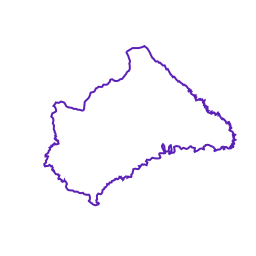 Manang, Satun, Thailand (Albers equal-area conic projection), rotated 241°
{"feature_id": "78962969B42923555842961", "entity_name": "Manang", "entity_type": "district", "adm_level": 2, "iso_a3": "THA", "parent_name": "Thailand", "parent_adm1": "Satun", "projection": "albers", "projection_center": [99.916, 7.008], "detail": "fine", "context": "isolated", "style": "outline", "palette": "violet", "viewbox_px": 256, "rotation_deg": 241, "n_neighbors": 0, "source": "geoboundaries", "source_scale": "gbopen_adm2", "svg_char_len": 5741}
<svg xmlns="http://www.w3.org/2000/svg" viewBox="0 0 256 256"><g transform="rotate(241 128 128)"><path d="M183.4,73.5L182.2,74.2L181.1,74.3L179.7,74.1L177.6,73.4L177.3,72.4L177.5,69.0L175.1,66.4L173.1,67.1L171.8,66.9L170.2,66.1L168.6,64.5L166.1,64.5L162.8,62.4L160.8,62.4L160.3,61.9L157.8,61.8L156.8,61.3L156.7,60.8L155.7,60.9L155.8,60.4L155.1,60.3L154.4,58.8L153.2,58.9L153.0,59.6L152.1,59.3L151.3,59.8L151.4,60.4L150.5,60.7L149.6,60.0L148.1,59.8L147.9,59.4L148.6,57.0L149.6,56.6L149.4,55.8L149.9,55.8L149.4,55.2L149.9,54.6L149.6,53.3L148.9,53.2L148.9,52.5L149.3,52.2L148.7,51.9L148.9,49.9L147.4,49.8L146.8,49.1L146.6,47.7L145.7,47.1L144.9,45.9L144.6,43.4L144.2,43.0L144.2,42.5L143.2,42.1L143.2,43.3L142.5,43.5L142.1,44.3L141.7,44.3L141.5,43.5L140.0,42.1L139.2,40.3L137.5,39.6L137.1,37.3L135.8,37.1L135.7,36.8L134.6,36.9L134.5,37.9L133.6,39.6L133.8,41.5L131.9,42.0L131.8,43.0L129.6,42.9L128.7,41.6L127.6,41.4L127.3,41.6L127.4,42.1L126.6,42.1L126.4,42.6L125.1,42.1L122.5,42.6L121.3,44.4L120.7,44.2L119.8,45.0L117.7,42.7L117.2,42.5L116.8,42.7L116.6,43.8L115.4,44.3L114.8,44.8L114.2,44.8L113.6,44.2L112.6,44.8L112.6,46.5L113.1,47.1L112.0,46.9L111.3,47.6L108.6,47.5L107.4,45.8L106.6,45.2L104.8,45.2L103.0,45.5L102.1,46.3L100.0,49.5L98.3,50.2L96.9,52.8L94.6,54.1L93.6,55.7L93.2,57.2L91.3,57.6L89.6,59.5L88.6,61.5L87.5,61.6L85.1,60.8L83.6,59.6L83.4,58.5L83.1,58.3L80.1,59.5L79.7,59.9L78.4,60.2L76.2,62.0L75.6,65.0L76.0,65.9L76.9,65.8L77.2,64.8L78.4,64.5L79.0,65.0L80.2,65.2L80.5,66.3L83.5,67.7L84.5,68.7L85.0,70.3L83.3,72.0L83.3,72.6L84.1,74.2L86.2,75.8L86.1,77.3L87.3,78.6L86.9,79.3L87.2,80.3L88.1,82.0L89.1,82.6L88.1,83.8L88.6,84.1L88.8,85.4L89.2,85.6L88.4,87.2L89.4,88.2L88.9,91.1L89.5,91.6L89.5,92.5L89.3,93.3L88.4,93.7L88.1,94.5L88.7,96.4L89.5,96.9L89.1,97.4L88.2,97.3L88.0,97.5L88.2,98.0L87.4,97.8L86.9,98.5L86.3,98.1L85.7,98.5L85.0,98.4L85.2,99.1L86.2,99.8L86.7,102.5L85.7,104.1L84.8,103.4L84.6,105.8L83.6,107.0L83.9,107.5L85.6,108.3L86.0,109.8L89.4,112.8L88.9,114.6L87.4,116.5L87.0,117.6L87.9,119.3L89.4,119.1L89.3,119.6L88.4,120.4L89.1,121.6L89.4,122.8L88.5,123.4L88.4,124.4L87.6,125.3L86.5,126.2L88.5,128.3L90.2,127.6L91.1,129.2L89.4,131.7L90.2,134.8L87.9,137.5L86.3,140.6L86.3,141.6L86.7,142.2L89.8,142.5L90.4,143.0L90.5,143.8L88.3,147.3L88.1,148.1L94.9,148.6L96.0,149.1L96.8,150.7L94.6,151.0L91.0,149.4L89.9,149.5L88.8,150.0L88.0,152.3L91.7,154.9L92.3,156.9L92.2,157.1L87.6,155.5L87.0,154.7L86.0,151.6L85.7,151.5L85.1,151.8L85.4,152.7L85.1,153.8L85.6,153.8L85.8,154.1L84.3,155.8L84.2,156.2L85.2,157.7L89.1,159.1L88.8,161.6L86.7,164.0L84.5,164.1L83.7,164.5L83.8,166.9L81.4,168.9L81.2,169.6L81.1,170.6L81.7,173.2L81.6,174.1L79.9,174.6L78.0,176.8L75.4,174.8L74.8,174.8L74.5,178.1L75.0,181.1L74.1,182.7L72.5,184.0L72.8,184.3L74.4,184.6L75.0,185.3L74.8,186.6L75.4,187.6L74.7,189.6L73.7,190.7L71.9,191.7L71.2,192.6L69.6,193.5L67.0,193.9L66.3,192.6L65.9,192.6L65.6,194.8L65.7,195.9L64.9,197.3L64.8,198.2L65.0,199.6L65.9,200.4L65.7,201.9L64.8,202.0L63.4,201.4L62.9,201.5L62.9,202.3L64.4,202.9L64.5,203.4L63.6,204.9L62.1,205.3L61.3,206.0L60.3,208.3L61.0,209.5L61.5,209.5L62.1,208.6L62.5,209.4L62.3,210.0L61.9,210.3L60.4,210.3L60.3,210.7L60.6,211.1L61.2,211.3L63.1,210.8L63.5,211.0L63.5,211.7L62.6,212.6L62.6,213.1L63.4,213.5L65.3,212.9L66.0,213.3L66.1,214.1L66.7,214.6L65.5,214.5L65.6,216.1L66.7,215.3L67.7,216.0L68.6,215.6L69.5,217.0L70.1,218.5L70.8,218.0L70.8,216.2L71.6,216.5L71.9,217.1L72.5,217.5L74.2,217.5L76.8,215.6L77.5,216.1L77.5,216.9L78.3,217.2L77.9,217.6L77.8,218.3L78.1,218.5L79.3,218.3L80.5,218.8L80.9,218.2L81.6,219.0L82.4,218.4L82.8,218.7L82.4,219.1L82.8,219.2L83.4,218.1L83.7,219.1L84.3,219.2L84.5,218.5L84.0,218.1L84.5,217.8L84.5,216.4L87.2,216.7L87.7,216.3L88.9,216.2L90.2,215.5L89.8,214.9L90.5,214.4L93.5,214.2L95.7,214.4L95.5,213.4L96.9,214.1L97.8,214.1L97.0,211.8L97.1,210.8L98.6,211.2L99.9,210.8L100.3,209.9L99.8,209.7L100.1,207.7L100.4,207.6L101.2,208.7L101.8,209.0L101.7,206.7L102.9,205.6L103.5,205.6L104.1,206.3L104.3,206.1L103.9,205.6L104.2,205.4L104.8,205.4L104.7,206.2L105.2,205.7L105.8,206.1L106.1,205.7L106.6,205.7L106.2,206.8L107.0,207.3L107.6,207.0L107.9,207.7L109.2,207.0L109.2,205.7L110.1,206.4L110.7,205.5L111.2,205.4L111.9,206.5L113.9,205.9L114.3,206.4L113.5,206.8L115.0,208.3L115.1,207.4L114.6,207.2L114.8,206.7L115.1,206.6L115.5,207.0L115.9,206.4L117.2,206.6L117.2,205.5L118.5,205.2L118.6,204.7L118.1,204.8L117.9,204.4L118.6,203.7L119.1,201.0L122.1,201.4L121.6,202.3L121.8,202.7L122.4,202.5L122.8,201.7L123.2,201.5L123.8,202.9L125.2,201.0L127.3,199.9L128.3,199.9L129.0,200.4L129.1,201.3L130.1,201.1L130.2,199.9L130.6,198.8L131.3,199.0L131.4,200.9L134.0,199.6L135.4,199.6L137.2,199.1L137.8,198.4L138.6,198.2L138.8,197.1L140.0,197.1L142.4,195.9L144.0,195.6L144.2,194.4L145.1,194.4L146.9,193.7L149.5,193.5L150.7,193.1L150.6,191.9L154.1,191.5L154.3,191.2L160.3,191.4L160.6,190.0L165.0,190.4L165.8,188.8L169.4,187.8L169.9,186.8L171.3,186.6L172.0,186.1L172.5,184.7L173.8,184.2L175.3,184.1L175.8,183.8L176.4,184.0L177.3,183.3L181.6,183.4L182.5,183.7L188.3,183.5L190.6,182.4L191.7,182.1L191.8,179.7L192.7,176.1L195.7,170.8L195.4,164.4L195.0,163.5L194.3,163.2L191.2,163.2L185.6,162.2L184.5,161.4L183.8,160.4L181.8,159.8L179.2,158.5L177.6,156.8L177.5,154.5L176.1,152.3L173.8,146.7L174.4,144.8L174.1,142.6L174.4,141.2L175.7,139.1L178.3,137.8L178.8,136.1L178.6,135.6L177.4,134.7L176.1,131.2L176.5,129.7L177.8,127.7L177.7,127.2L176.6,125.7L176.6,125.0L178.4,122.1L178.0,120.8L178.2,119.2L176.7,117.1L176.2,115.9L177.0,112.5L174.6,110.0L173.4,108.3L171.9,102.9L166.5,99.2L165.5,98.3L165.2,97.3L165.5,96.2L167.1,94.9L168.5,92.8L170.1,91.7L170.8,90.0L172.7,88.8L175.5,85.3L176.9,84.6L180.8,84.6L181.7,84.1L183.6,82.2L183.5,79.7L185.3,77.2L184.5,76.2L183.4,73.5Z" fill="none" stroke="#5b21b6" stroke-width="2"/></g></svg>